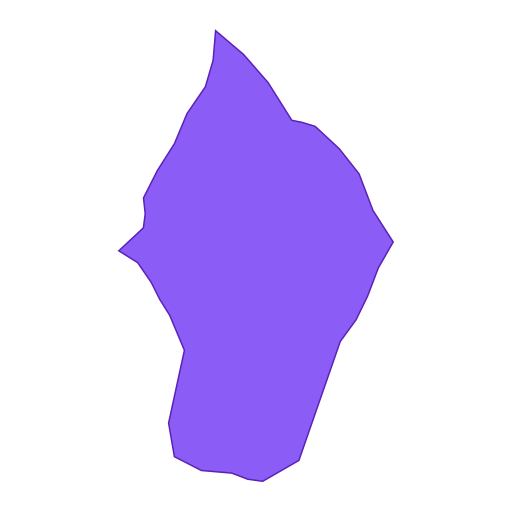 Kaliro, Robinson projection
{"feature_id": "UGA-3071", "entity_name": "Kaliro", "entity_type": "County", "adm_level": 1, "iso_a3": "UGA", "parent_name": "Uganda", "parent_adm1": "", "projection": "robinson", "projection_center": [33.471, 1.074], "detail": "fine", "context": "isolated", "style": "filled", "palette": "violet", "viewbox_px": 512, "rotation_deg": 0, "n_neighbors": 0, "source": "natural_earth", "source_scale": "10m", "svg_char_len": 559}
<svg xmlns="http://www.w3.org/2000/svg" viewBox="0 0 512 512"><path d="M298.9,460.4L262.7,481.3L247.6,479.2L231.7,473.1L201.4,470.5L174.4,456.7L168.6,423.1L184.4,350.3L169.7,315.3L159.7,299.3L151.3,282.5L137.7,262.7L118.8,250.8L143.4,227.8L145.2,213.8L143.5,197.9L157.5,170.3L174.4,143.7L187.0,113.6L205.4,86.7L213.1,60.3L215.6,30.7L243.6,54.5L268.1,82.6L291.8,120.3L301.8,122.3L315.2,126.4L339.3,148.8L359.1,173.9L373.0,210.5L393.2,242.0L378.3,268.0L367.6,296.1L356.0,319.9L340.3,341.4L298.9,460.4Z" fill="#8b5cf6" stroke="#5b21b6" stroke-width="1.5"/></svg>